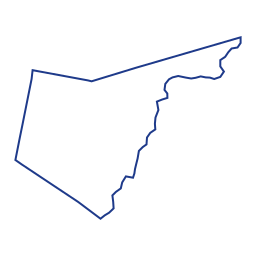 the district of Jaramataia, Alagoas, Brazil
{"feature_id": "56859067B61985123547566", "entity_name": "Jaramataia", "entity_type": "district", "adm_level": 2, "iso_a3": "BRA", "parent_name": "Brazil", "parent_adm1": "Alagoas", "projection": "robinson", "projection_center": [-36.959, -9.661], "detail": "fine", "context": "isolated", "style": "outline", "palette": "blue", "viewbox_px": 256, "rotation_deg": 0, "n_neighbors": 0, "source": "geoboundaries", "source_scale": "gbopen_adm2", "svg_char_len": 820}
<svg xmlns="http://www.w3.org/2000/svg" viewBox="0 0 256 256"><path d="M100.5,218.7L104.8,215.3L109.1,212.7L113.6,208.4L113.2,201.9L112.4,195.4L115.9,191.9L120.8,188.4L122.2,182.4L125.9,176.4L133.0,177.7L134.4,173.4L135.0,169.1L136.2,164.1L137.6,158.5L138.9,150.9L142.7,147.1L146.5,144.4L147.0,137.5L150.3,132.8L155.3,129.4L154.9,123.7L155.5,117.5L158.4,110.0L156.9,101.6L162.2,99.5L167.4,97.9L167.3,93.5L164.5,89.9L165.3,83.9L169.0,79.3L172.5,77.4L178.2,76.0L185.9,77.6L191.2,78.5L195.6,77.8L200.7,76.4L205.7,77.4L209.9,77.6L214.2,79.0L220.3,76.9L223.9,71.6L220.3,66.4L220.3,60.1L225.2,56.8L228.3,52.2L231.6,48.5L237.5,47.5L240.6,43.0L240.6,37.3L135.8,67.8L91.6,81.3L87.9,80.4L32.6,70.2L31.6,79.0L22.5,124.5L19.8,137.7L15.4,160.0L21.7,164.4L78.1,201.9L100.5,218.7Z" fill="none" stroke="#1e3a8a" stroke-width="2"/></svg>